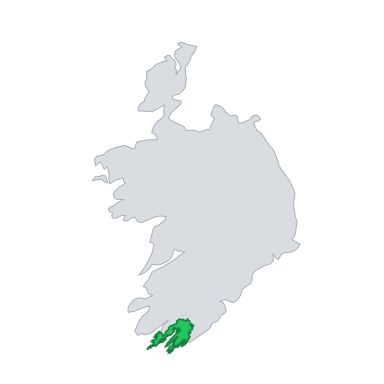 location of Bantry-West Cork Lea-4, Cork, Ireland, rotated 342°
{"feature_id": "5873133B32019280992122", "entity_name": "Bantry-West Cork Lea-4", "entity_type": "district", "adm_level": 2, "iso_a3": "IRL", "parent_name": "Ireland", "parent_adm1": "Cork", "projection": "albers", "projection_center": [-9.717, 51.642], "detail": "fine", "context": "in_parent", "style": "filled", "palette": "green", "viewbox_px": 384, "rotation_deg": 342, "n_neighbors": 0, "source": "geoboundaries", "source_scale": "gbopen_adm2", "svg_char_len": 9524}
<svg xmlns="http://www.w3.org/2000/svg" viewBox="0 0 384 384"><g transform="rotate(342 192 192)"><path d="M231.0,66.2L224.5,71.2L223.5,73.0L221.8,80.3L221.7,82.4L217.7,90.6L215.3,92.3L211.8,93.7L209.8,95.1L207.2,94.5L204.0,94.7L202.4,96.2L202.5,97.3L203.5,98.5L209.6,102.1L209.3,103.7L207.6,105.4L197.0,110.1L193.8,112.8L192.7,114.5L193.9,117.4L202.8,125.9L204.3,126.8L205.7,131.9L213.4,133.8L216.6,136.8L219.3,137.5L225.2,137.1L227.6,138.2L228.9,137.2L229.6,135.5L235.9,129.1L233.7,124.6L240.1,116.5L241.9,116.5L245.1,118.8L247.7,122.1L248.7,126.5L251.3,130.4L252.9,131.8L257.2,132.4L258.2,133.9L257.7,139.8L258.4,141.7L269.2,141.1L273.3,138.3L277.1,138.6L279.0,141.1L280.0,143.8L276.8,144.9L273.5,144.5L271.9,146.4L272.0,149.8L273.3,154.1L275.7,157.1L277.8,164.0L279.7,171.7L282.2,176.3L283.0,182.0L282.8,184.9L283.5,190.0L282.6,191.9L283.6,196.7L288.3,212.0L289.7,224.1L288.0,228.8L285.5,233.2L284.1,238.4L283.0,244.0L282.6,253.0L277.3,263.7L275.0,266.4L272.2,268.1L278.8,275.1L273.8,278.6L268.2,279.9L262.0,278.3L258.1,278.7L253.4,282.7L252.3,282.0L249.7,276.1L248.2,282.4L244.7,284.5L238.6,284.3L228.5,286.3L224.6,288.2L223.0,291.0L221.9,294.2L220.4,296.1L218.6,297.2L210.7,299.7L209.2,300.7L205.6,305.9L200.9,309.0L196.9,310.0L193.3,307.1L191.8,305.3L190.2,304.4L184.7,304.7L186.5,305.6L187.6,307.7L188.2,311.7L187.7,315.7L185.0,317.8L181.8,318.2L176.8,322.4L170.1,323.6L166.5,327.5L144.3,334.1L143.1,334.2L140.0,332.6L136.6,331.8L133.3,332.4L124.0,336.0L119.5,335.3L125.2,326.3L132.9,321.8L133.7,320.6L131.2,320.0L116.5,323.1L111.4,325.8L106.3,326.5L108.7,322.5L115.3,316.9L121.0,313.3L123.4,310.0L130.3,306.3L108.1,313.9L102.2,312.9L100.9,310.8L96.3,311.7L94.6,306.6L101.4,298.8L105.4,295.4L110.0,293.6L114.5,291.0L116.2,287.9L114.1,286.8L100.7,287.6L94.3,286.8L94.7,284.3L95.9,281.5L102.5,276.8L106.1,276.0L109.3,276.5L114.9,279.3L122.4,278.4L119.3,275.4L118.8,269.1L116.4,267.0L119.4,264.2L122.9,262.4L128.7,256.4L130.8,255.5L142.3,254.0L154.6,250.8L166.9,246.3L160.6,244.0L157.5,240.8L152.7,247.3L149.3,249.8L139.4,251.2L136.3,250.5L131.9,248.5L130.6,249.3L129.3,250.8L122.8,254.0L115.9,254.7L123.9,248.9L134.0,239.1L136.2,236.0L139.4,230.5L138.4,228.1L136.3,226.8L143.5,215.6L146.0,213.6L150.7,213.2L154.1,211.4L155.6,211.4L156.9,210.7L159.9,207.4L155.2,205.3L150.5,204.2L135.8,205.5L133.9,205.2L132.1,204.2L130.9,202.7L130.0,198.9L128.9,198.1L125.6,198.1L122.4,199.3L120.1,199.1L117.9,197.5L121.4,193.6L116.9,192.7L112.2,193.4L108.4,192.3L108.3,189.8L110.0,187.4L107.8,185.1L107.3,182.2L109.7,180.8L112.4,181.3L117.8,179.1L124.8,178.1L118.8,176.0L116.4,174.2L116.3,171.4L116.8,169.0L123.7,165.0L131.0,163.2L130.4,160.6L131.0,157.7L123.6,156.9L116.3,158.9L117.1,153.4L118.8,148.5L119.2,145.2L118.9,141.8L115.5,143.2L115.1,138.3L113.6,134.9L108.6,137.2L108.8,132.8L110.2,129.7L112.8,128.4L115.4,129.0L120.3,128.9L124.9,126.6L131.6,126.0L142.3,126.7L149.7,133.2L151.6,132.0L154.5,127.8L155.9,127.3L167.0,129.0L173.9,131.3L175.7,130.6L174.6,126.0L172.2,122.8L175.1,118.5L178.7,115.6L181.1,114.2L186.6,112.3L189.0,110.6L190.5,105.2L192.9,100.7L179.1,103.3L165.8,98.1L167.8,94.3L170.6,92.2L175.4,90.5L175.8,88.5L178.2,86.8L182.1,82.5L180.5,76.9L181.3,72.8L184.1,70.1L184.9,66.2L186.1,63.4L191.9,62.3L197.4,59.5L206.0,59.0L208.3,60.0L207.6,55.3L211.7,54.6L213.3,55.5L214.1,58.8L216.0,60.8L216.6,64.4L215.5,67.3L213.5,69.5L215.4,71.6L212.6,75.7L215.7,73.9L220.1,69.9L219.8,66.7L218.9,62.7L217.5,59.1L218.0,55.1L220.4,52.5L227.0,51.0L224.2,46.6L226.6,46.1L229.2,46.9L233.2,50.4L241.6,55.0L237.7,59.6L232.9,62.8L231.0,66.2ZM114.8,155.2L114.6,157.3L111.4,154.7L109.8,151.8L101.0,150.4L104.7,147.5L106.5,148.4L112.7,148.5L114.5,149.8L114.8,155.2Z" fill="#d9dde1" stroke="#a8b0b8" stroke-width="1"/><path d="M148.9,311.5L147.5,311.9L147.2,312.2L147.3,312.7L146.9,312.9L144.9,311.6L144.6,310.6L143.3,310.8L142.8,310.1L141.5,309.7L141.3,309.1L140.0,309.1L139.1,309.9L137.9,309.8L137.3,311.2L137.5,311.6L135.7,312.5L129.2,312.9L127.7,314.4L127.1,315.7L124.6,316.3L123.0,317.7L122.9,318.3L121.7,319.4L121.5,320.0L121.2,319.7L120.1,320.1L119.6,319.6L119.9,319.2L120.0,317.9L119.1,317.5L119.6,316.8L118.5,315.4L116.6,316.4L117.3,315.7L117.5,314.9L117.9,315.0L117.3,314.5L116.2,315.5L115.1,315.9L115.4,316.0L115.1,316.2L113.1,316.5L111.7,317.9L112.7,318.1L112.7,318.4L113.9,317.9L114.5,318.1L113.2,319.5L113.5,319.7L113.1,320.0L113.4,320.0L112.0,320.3L111.7,320.8L112.0,321.0L111.4,321.2L110.3,320.8L109.3,321.5L108.6,320.9L108.4,321.3L107.6,321.1L107.0,321.8L107.4,322.0L108.5,322.3L108.3,322.6L108.6,322.8L109.3,322.6L109.3,323.0L109.0,323.4L109.2,323.5L108.7,324.0L109.2,324.2L109.0,324.7L108.2,325.1L107.9,324.7L106.1,325.6L105.3,325.0L104.6,325.6L105.4,326.1L105.3,326.8L104.4,327.8L106.3,326.4L107.0,326.7L108.6,326.2L109.8,326.3L110.0,326.5L109.4,327.1L110.3,326.8L109.7,327.2L110.1,327.4L111.6,326.7L113.5,325.0L113.5,325.5L114.8,325.5L115.3,325.0L115.1,324.5L115.4,324.1L114.7,323.9L115.8,323.8L116.1,323.0L115.8,323.0L116.3,322.5L117.4,322.9L118.0,322.4L118.3,322.7L120.2,322.2L120.5,322.6L122.7,322.0L123.6,321.3L124.2,321.7L124.6,321.1L124.2,320.5L124.3,320.3L124.2,320.3L124.2,320.0L124.3,320.0L124.5,319.8L124.7,319.6L124.5,320.1L125.0,320.6L124.9,321.0L126.7,320.9L127.3,320.3L126.8,321.4L128.3,321.1L130.5,319.7L131.2,318.5L131.5,318.8L132.6,318.2L132.9,317.4L132.4,317.0L132.6,316.7L132.2,316.7L132.5,316.4L132.3,316.3L132.8,316.2L132.4,315.7L133.1,315.3L133.6,316.0L133.7,316.6L133.4,317.0L134.7,317.3L134.8,318.0L135.7,318.1L136.9,317.0L137.2,317.2L136.8,318.0L137.7,317.5L136.9,318.6L137.0,318.9L136.7,319.3L137.7,319.5L136.7,320.0L136.9,320.2L136.7,320.5L136.9,320.6L135.5,320.8L134.5,321.4L134.5,321.9L131.7,322.6L131.2,323.2L125.7,325.6L124.8,326.6L121.8,328.1L121.5,328.5L121.8,328.7L121.5,329.0L118.8,330.8L118.7,331.0L120.3,330.9L121.4,330.2L122.2,330.3L123.7,329.3L124.3,329.6L124.5,328.9L125.8,328.7L126.1,328.1L126.5,328.3L126.8,327.9L127.7,327.9L128.7,326.6L129.3,326.9L131.0,325.8L131.8,325.6L132.0,325.9L132.7,325.3L133.3,325.1L133.8,325.1L132.9,325.5L133.4,325.8L133.0,326.0L131.5,326.5L131.0,327.0L131.1,327.5L129.4,328.2L129.6,328.5L128.1,329.2L128.2,330.1L127.4,330.7L127.9,330.7L127.8,331.0L127.4,331.1L127.1,330.7L126.1,331.8L123.3,332.3L121.7,334.1L119.4,335.3L119.7,335.4L119.6,335.6L120.8,335.9L120.2,336.8L120.4,337.5L120.1,337.8L121.3,337.7L122.0,336.4L122.4,336.3L122.1,336.1L122.1,335.9L122.8,335.5L123.0,335.6L122.1,336.1L122.4,336.2L122.4,336.7L122.9,336.9L122.2,337.6L122.5,337.5L122.4,337.9L123.4,337.0L123.8,337.1L123.7,336.9L125.7,336.3L123.3,336.7L125.0,335.6L124.8,336.0L125.5,335.8L125.3,335.5L125.7,335.2L125.4,335.2L125.5,334.5L125.3,334.4L125.2,334.4L127.1,333.5L127.1,334.0L127.4,334.1L127.7,333.3L127.2,332.8L127.9,333.0L128.1,332.4L128.3,332.5L128.3,333.2L128.8,333.1L128.6,333.7L128.9,334.1L129.5,334.1L128.8,334.6L129.6,334.6L131.0,334.2L130.6,333.8L129.8,334.1L130.7,333.6L130.9,332.8L131.1,333.1L130.8,333.6L131.0,333.8L132.8,333.3L133.0,333.0L132.9,332.1L133.3,331.8L133.8,331.8L133.6,333.1L135.4,332.2L136.1,332.3L136.2,332.0L136.0,331.7L136.4,331.7L136.3,332.0L136.5,332.2L137.0,332.1L137.8,331.4L137.9,330.9L137.3,330.8L137.6,330.3L137.0,330.2L137.1,329.8L136.8,329.3L137.4,330.1L137.9,330.1L138.2,330.8L138.4,330.7L138.3,330.2L138.9,330.1L138.6,330.7L138.9,331.0L139.8,330.3L139.8,331.4L139.3,332.3L138.1,333.2L138.3,333.2L138.2,333.5L138.4,333.7L139.0,332.8L138.7,334.0L139.7,334.1L141.0,333.0L141.1,332.2L143.2,331.4L143.1,330.6L144.0,330.3L143.7,329.9L143.8,329.6L144.7,328.9L145.4,328.8L144.7,327.5L144.9,327.3L144.9,325.9L145.2,325.1L145.9,325.9L147.0,325.8L147.5,324.9L146.9,324.3L146.8,323.6L148.7,322.7L149.4,323.0L150.6,321.5L150.2,320.9L152.1,319.7L151.5,319.2L151.9,319.1L151.8,318.6L150.2,319.6L149.2,318.6L150.6,318.4L150.7,317.9L150.1,318.0L150.1,317.3L150.4,317.1L150.0,316.4L149.8,316.1L149.7,315.5L150.0,314.0L148.1,312.5L148.8,312.1L148.9,311.5ZM119.4,323.3L116.4,323.7L115.6,324.8L115.6,325.3L117.1,325.3L117.0,325.7L117.2,325.9L119.2,324.8L119.7,325.0L120.6,324.2L121.2,324.3L121.0,323.9L122.0,323.1L120.7,323.4L119.7,324.2L120.0,323.8L119.4,323.3ZM104.3,325.7L102.3,326.3L100.9,327.8L101.2,328.0L103.7,326.8L104.7,326.0L104.3,325.7ZM135.1,320.7L135.8,319.3L135.8,318.7L133.3,320.7L133.7,320.4L135.1,320.7ZM137.7,334.1L137.5,334.5L137.5,334.2L137.0,334.5L137.0,334.8L137.7,334.5L138.1,334.9L138.1,334.4L138.5,334.0L137.7,334.1ZM133.4,333.7L131.0,334.7L131.8,334.7L133.4,333.7ZM136.8,332.5L135.8,333.1L136.9,332.5L136.8,332.5ZM134.7,333.8L135.3,333.0L134.5,333.4L134.3,333.7L134.7,333.8ZM111.2,318.1L110.6,318.6L111.4,318.2L111.2,318.1ZM135.8,335.4L135.6,335.0L135.4,335.1L135.3,335.4L135.8,335.4ZM134.4,335.6L134.7,335.8L134.9,335.4L134.7,335.4L134.4,335.6ZM133.9,336.0L134.2,335.7L134.0,335.8L133.9,336.0ZM116.2,323.1L116.4,323.2L116.7,322.9L116.2,323.1ZM137.7,333.5L137.1,333.6L137.7,333.6L137.7,333.5ZM132.8,316.7L133.1,316.3L132.7,316.5L132.8,316.7ZM137.0,333.6L136.7,333.8L136.9,333.9L137.0,333.6ZM130.5,334.8L130.1,334.9L130.1,335.1L130.5,334.8ZM126.9,329.4L127.2,329.5L127.3,329.3L127.1,329.4L126.9,329.4ZM136.2,319.6L135.9,320.0L136.3,319.7L136.2,319.6ZM127.8,329.6L127.7,329.6L127.8,329.6ZM138.7,330.2L138.5,330.3L138.7,330.2ZM138.6,331.3L138.7,331.1L138.6,331.3L138.6,331.3ZM104.3,327.8L104.4,328.0L104.4,327.9L104.3,327.8ZM104.5,326.5L104.6,326.3L104.4,326.5L104.5,326.5ZM137.7,334.0L137.9,333.9L137.6,334.0L137.7,334.0ZM122.3,333.1L122.5,333.0L122.3,333.0L122.3,333.1ZM110.4,318.6L110.5,318.6L110.3,318.7L110.4,318.6ZM114.9,315.9L114.8,316.0L115.0,315.9L114.9,315.9Z" fill="#22c55e" stroke="#15803d" stroke-width="1.5"/></g></svg>